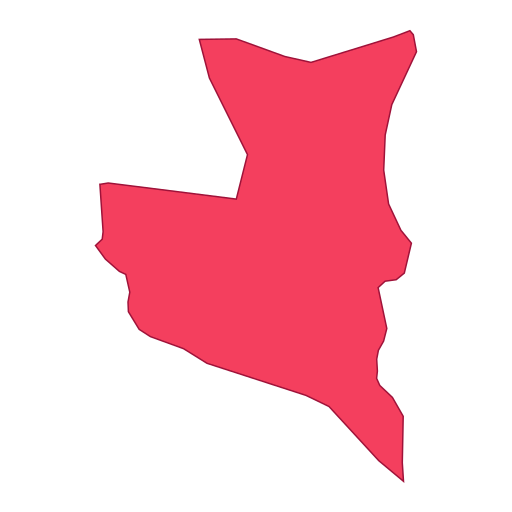 map outline of Ulcinj (Equal Earth projection)
{"feature_id": "MNE-1497", "entity_name": "Ulcinj", "entity_type": "Municipality", "adm_level": 1, "iso_a3": "MNE", "parent_name": "Montenegro", "parent_adm1": "", "projection": "equal_earth", "projection_center": [19.282, 41.979], "detail": "fine", "context": "isolated", "style": "filled", "palette": "rose", "viewbox_px": 512, "rotation_deg": 0, "n_neighbors": 0, "source": "natural_earth", "source_scale": "10m", "svg_char_len": 756}
<svg xmlns="http://www.w3.org/2000/svg" viewBox="0 0 512 512"><path d="M409.9,30.7L413.3,34.7L416.5,51.7L391.8,104.6L385.2,135.0L383.7,170.1L388.6,204.0L401.1,230.7L401.5,231.0L411.4,243.2L404.3,273.1L396.2,279.7L385.1,281.2L378.1,287.6L386.8,328.5L383.6,341.1L378.4,350.3L376.7,359.2L377.4,371.1L376.6,378.4L379.8,385.5L392.4,397.4L403.2,416.3L402.3,462.7L403.5,481.3L378.8,460.7L329.0,406.5L306.0,395.4L207.0,363.3L183.6,348.7L150.4,336.6L139.2,329.4L128.4,311.7L128.0,302.0L129.8,292.2L125.8,274.4L119.4,271.4L105.4,259.1L95.5,245.5L102.2,239.2L103.1,231.7L99.9,184.3L100.2,184.3L108.2,183.0L236.3,199.1L247.5,154.6L209.4,78.0L199.3,39.4L236.3,38.9L284.8,56.5L311.0,62.4L393.4,37.0L409.9,30.7Z" fill="#f43f5e" stroke="#9f1239" stroke-width="1.5"/></svg>